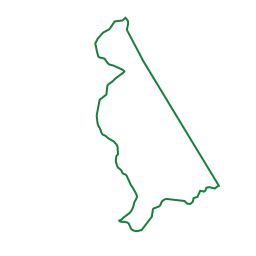 SVG path tracing the border of Heredia, rotated 148°
{"feature_id": "CRI-1328", "entity_name": "Heredia", "entity_type": "Province", "adm_level": 1, "iso_a3": "CRI", "parent_name": "Costa Rica", "parent_adm1": "", "projection": "orthographic", "projection_center": [-83.91, 10.368], "detail": "fine", "context": "isolated", "style": "outline", "palette": "green", "viewbox_px": 256, "rotation_deg": 148, "n_neighbors": 0, "source": "natural_earth", "source_scale": "10m", "svg_char_len": 1906}
<svg xmlns="http://www.w3.org/2000/svg" viewBox="0 0 256 256"><g transform="rotate(148 128 128)"><path d="M149.2,46.2L150.1,45.7L154.7,40.2L169.8,34.5L170.9,34.2L171.6,34.7L174.2,35.4L174.9,35.7L175.5,36.1L176.0,36.4L177.1,37.6L178.0,38.6L178.6,39.7L178.7,40.5L178.8,41.3L178.1,45.9L178.2,47.0L178.4,47.8L179.1,48.7L179.9,49.5L180.7,50.3L182.7,51.5L183.6,52.2L184.1,52.8L184.6,53.6L184.6,54.0L184.4,54.2L183.4,53.8L182.5,53.8L181.7,53.8L179.3,54.4L172.6,55.0L171.3,55.2L169.0,56.0L165.1,58.5L162.8,61.0L161.9,61.7L159.8,62.8L157.8,64.1L157.0,64.8L156.6,65.3L156.2,66.6L155.9,68.7L155.6,75.8L155.8,77.9L154.5,87.8L154.5,89.2L154.7,89.7L155.1,90.2L155.8,91.1L156.1,91.6L156.4,92.1L156.5,92.8L156.5,93.5L156.2,95.4L156.3,96.2L156.4,96.9L157.3,99.2L157.4,99.8L157.4,101.0L156.2,105.8L154.1,108.9L153.2,109.9L152.8,110.2L152.3,110.5L151.6,110.7L151.0,110.8L150.5,111.0L150.1,111.5L148.2,115.1L147.6,116.0L146.8,117.7L146.6,118.7L146.5,120.0L147.0,123.4L147.3,124.3L150.3,129.9L151.0,132.4L151.4,133.6L152.0,134.5L152.7,135.4L153.0,135.9L153.1,137.1L152.9,138.7L152.1,142.0L151.9,144.8L152.0,145.5L151.8,146.7L151.2,148.4L148.4,154.3L147.7,155.5L137.0,167.0L128.6,167.8L124.1,173.5L122.8,175.0L121.7,175.4L116.6,175.7L112.2,176.7L102.2,177.5L101.1,177.9L101.2,179.0L102.1,180.9L107.3,188.7L110.3,191.9L110.9,193.8L111.2,199.3L113.1,201.3L114.2,202.3L114.9,203.1L115.2,204.8L113.8,209.4L110.9,217.1L106.5,219.7L100.5,221.6L98.1,222.1L92.3,221.6L91.2,221.7L82.9,225.4L80.3,224.3L75.8,222.1L71.8,222.8L71.4,220.7L71.4,219.5L71.4,218.8L71.6,218.1L72.7,216.3L76.9,211.9L77.0,211.3L79.6,176.3L80.0,144.6L80.4,118.2L80.9,81.0L81.5,31.7L81.6,30.8L83.5,31.1L86.3,30.6L90.5,34.8L93.1,35.8L95.7,33.8L97.3,33.8L100.0,36.5L105.6,32.8L109.5,33.8L112.2,31.1L115.3,30.6L117.8,32.3L118.8,36.2L132.5,47.1L134.0,47.8L136.1,48.1L138.3,47.7L141.5,45.5L143.0,45.0L149.2,46.2Z" fill="none" stroke="#15803d" stroke-width="2"/></g></svg>